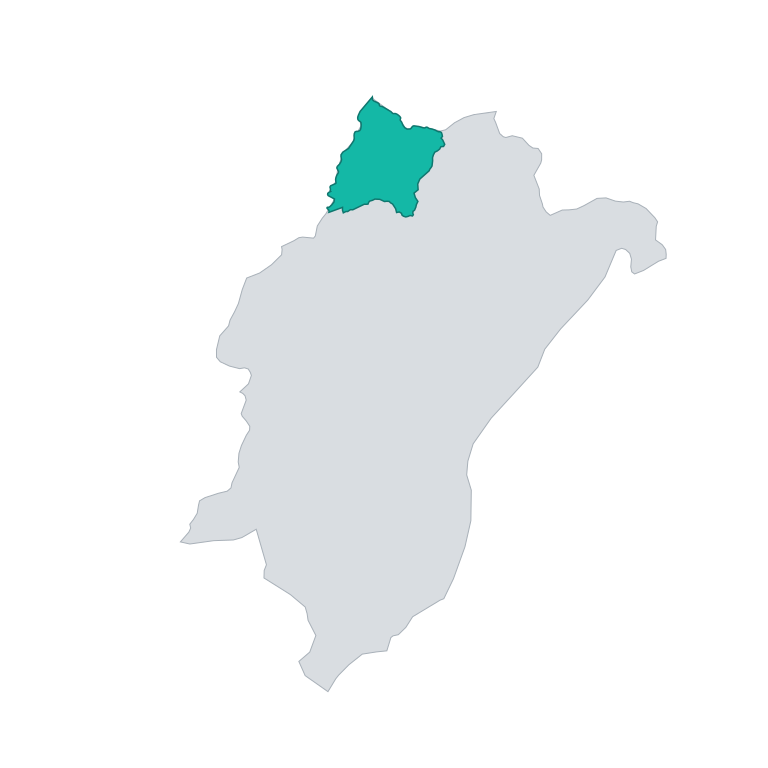 location of Blagoevgrad within Bulgaria, rotated 122°
{"feature_id": "BGR-3002", "entity_name": "Blagoevgrad", "entity_type": "Province", "adm_level": 1, "iso_a3": "BGR", "parent_name": "Bulgaria", "parent_adm1": "", "projection": "robinson", "projection_center": [23.441, 41.745], "detail": "fine", "context": "in_parent", "style": "filled", "palette": "teal", "viewbox_px": 768, "rotation_deg": 122, "n_neighbors": 0, "source": "natural_earth", "source_scale": "10m", "svg_char_len": 4487}
<svg xmlns="http://www.w3.org/2000/svg" viewBox="0 0 768 768"><g transform="rotate(122 384 384)"><path d="M625.8,473.0L613.0,471.0L608.6,471.6L605.8,474.4L599.9,473.8L592.6,473.9L585.0,477.1L580.8,478.5L575.1,475.5L564.4,466.5L558.0,460.2L553.2,458.7L548.4,460.5L531.4,462.6L527.4,466.3L519.6,470.3L511.7,472.3L500.4,473.6L494.4,473.5L491.0,475.4L488.3,481.3L486.5,487.1L484.8,489.4L470.7,492.3L467.6,495.6L466.8,498.8L467.1,502.1L455.7,499.0L447.0,501.0L445.0,503.5L443.2,507.1L444.2,510.9L447.5,514.6L450.7,524.6L451.9,534.6L450.1,540.2L443.6,544.3L430.2,548.8L417.1,546.6L411.4,548.4L401.8,549.0L392.9,550.1L379.2,554.2L366.9,556.6L355.8,548.3L342.5,542.6L328.7,539.3L323.9,541.7L321.8,543.7L310.2,536.3L305.0,533.7L302.5,530.8L297.6,521.0L294.8,520.7L285.3,524.3L276.1,524.2L270.5,523.5L254.1,523.9L252.0,530.6L249.9,531.7L246.4,532.6L237.7,532.1L226.5,537.1L214.5,540.1L205.2,540.2L195.5,538.7L189.7,539.8L177.3,540.3L169.4,547.6L157.1,547.2L146.8,545.9L148.0,543.7L150.2,514.9L155.3,502.0L155.1,499.4L154.0,497.4L149.5,495.3L146.2,488.4L139.5,470.1L135.7,466.4L125.0,462.6L115.7,457.3L107.8,450.4L93.4,433.2L100.7,431.5L103.0,428.0L110.3,418.6L111.1,413.9L110.4,411.3L105.5,406.8L102.2,396.9L104.8,387.6L105.0,382.8L102.6,378.1L105.2,372.3L110.4,369.1L113.7,368.1L127.6,367.5L136.4,355.7L141.7,352.0L147.2,345.3L149.7,342.9L152.1,337.7L152.9,332.4L142.0,325.0L138.3,319.4L133.5,313.3L126.9,309.0L113.7,301.7L108.5,294.3L106.3,284.7L102.8,277.4L98.9,272.6L98.2,268.8L96.6,264.0L96.3,254.7L99.5,242.3L101.5,237.9L106.0,236.7L117.9,230.1L118.5,221.7L120.7,216.4L124.5,213.4L128.0,211.4L134.5,216.3L150.2,224.1L157.9,229.8L157.6,233.3L153.9,236.8L147.0,240.3L143.0,244.8L141.9,250.4L143.0,254.4L147.7,257.9L176.1,253.3L204.9,255.7L243.6,263.4L269.3,266.1L288.2,262.5L323.4,268.9L356.1,275.0L387.5,276.7L405.0,272.0L417.3,265.7L427.8,253.7L453.9,237.9L479.1,229.1L512.3,221.9L534.4,219.5L537.6,221.9L566.2,236.4L578.7,236.5L589.0,239.0L592.8,242.9L595.4,243.8L608.8,240.2L615.0,248.2L624.6,259.3L640.7,265.0L655.0,268.2L659.5,268.7L674.6,268.5L673.1,296.3L664.4,309.2L650.7,304.9L633.4,308.5L624.6,323.2L619.5,327.5L614.9,332.6L612.2,351.7L612.1,383.0L605.6,386.8L599.6,387.9L574.9,415.4L589.6,423.2L596.1,429.1L607.1,445.4L622.6,463.9L625.8,473.0Z" fill="#d9dde1" stroke="#a8b0b8" stroke-width="1"/><path d="M146.8,546.0L149.1,544.4L149.4,542.2L149.0,539.8L148.8,537.4L149.1,536.6L150.2,535.4L150.4,534.9L150.3,534.2L149.8,533.0L149.6,532.5L149.4,524.4L149.3,522.6L149.8,520.7L149.9,520.0L149.7,519.3L148.8,518.0L148.5,517.3L148.3,515.8L148.4,514.1L148.7,512.5L149.2,511.2L149.6,510.8L151.1,510.4L151.6,510.1L151.9,509.5L152.5,507.9L153.4,506.6L154.6,504.8L155.7,502.1L155.6,499.4L153.9,497.0L152.9,496.5L150.7,496.4L149.7,496.0L149.1,495.2L147.1,490.8L146.1,486.9L145.5,485.5L145.1,485.0L144.0,484.5L143.7,484.2L143.3,483.2L143.4,481.5L143.2,480.7L142.2,478.1L141.6,475.4L141.4,472.6L141.2,471.4L140.4,470.2L140.3,468.6L141.5,467.1L143.1,465.6L145.2,465.9L145.9,463.6L148.6,459.5L151.0,459.4L152.6,461.5L155.3,461.3L158.1,462.3L160.5,463.8L163.5,463.5L166.3,462.8L169.0,461.0L173.7,458.8L175.7,458.8L177.5,459.0L179.3,458.7L191.2,462.2L196.5,461.4L201.2,458.0L206.2,459.7L209.3,456.2L211.2,452.0L214.7,451.6L217.2,450.7L220.4,450.2L222.2,450.9L223.9,450.1L224.9,448.8L226.4,448.9L227.3,451.2L229.2,452.5L230.8,454.1L231.4,456.5L231.2,458.3L230.0,459.6L230.0,462.2L231.9,464.2L229.2,467.0L226.8,472.1L226.9,474.4L226.4,476.3L227.5,478.4L229.0,480.3L229.6,485.4L232.0,489.7L234.3,491.1L236.4,493.0L238.0,493.3L239.9,492.9L241.0,494.3L242.0,496.0L252.8,502.8L253.9,504.8L255.6,505.6L257.0,506.2L257.9,507.7L260.4,509.2L258.6,511.3L256.2,512.8L267.4,521.5L267.5,521.6L267.3,521.6L266.0,522.8L265.6,523.5L265.2,525.3L264.9,525.7L264.2,525.7L263.8,525.2L263.4,524.5L262.6,524.0L259.8,523.2L256.1,522.9L253.3,524.1L253.6,527.8L253.8,530.4L253.8,531.3L253.2,532.2L252.2,532.7L251.0,532.5L248.9,531.2L248.6,532.0L248.2,532.3L247.6,532.4L247.1,532.7L245.6,534.2L244.2,534.3L239.7,531.3L239.0,531.2L236.4,533.3L234.9,534.0L233.0,534.5L231.0,534.7L229.3,534.6L227.9,535.2L225.8,538.5L224.2,538.9L221.1,538.2L218.0,538.3L216.2,538.9L213.8,541.1L213.6,541.2L212.4,541.9L209.2,541.8L203.0,538.9L193.7,538.6L191.9,539.1L189.1,541.1L187.4,541.9L185.4,542.1L184.4,541.3L183.5,539.9L181.8,538.8L180.1,538.9L177.9,539.8L175.8,541.0L174.4,542.2L174.1,543.1L174.0,545.2L173.5,546.3L172.6,547.1L171.6,547.7L169.5,548.2L165.5,548.7L146.8,546.0Z" fill="#14b8a6" stroke="#0f766e" stroke-width="1.5"/></g></svg>